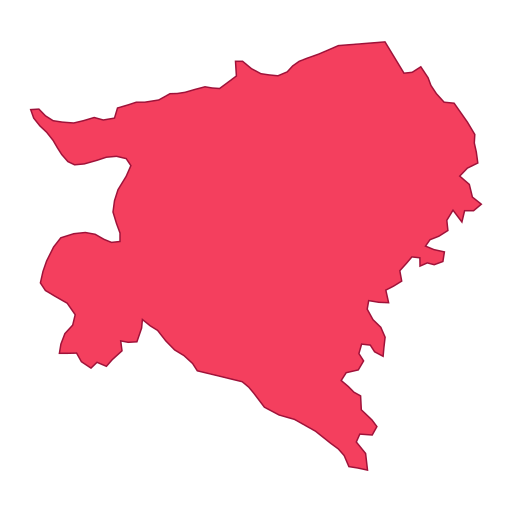 the district of Iraceminha, Santa Catarina, Brazil
{"feature_id": "56859067B41079605660592", "entity_name": "Iraceminha", "entity_type": "district", "adm_level": 2, "iso_a3": "BRA", "parent_name": "Brazil", "parent_adm1": "Santa Catarina", "projection": "robinson", "projection_center": [-53.33, -26.856], "detail": "fine", "context": "isolated", "style": "filled", "palette": "rose", "viewbox_px": 512, "rotation_deg": 0, "n_neighbors": 0, "source": "geoboundaries", "source_scale": "gbopen_adm2", "svg_char_len": 2178}
<svg xmlns="http://www.w3.org/2000/svg" viewBox="0 0 512 512"><path d="M365.6,453.5L356.3,442.0L359.8,434.1L372.2,435.0L376.9,426.6L371.9,419.9L361.3,409.8L360.6,395.9L353.9,392.2L348.5,386.7L341.2,380.5L346.2,372.7L358.3,369.9L363.6,360.9L358.9,353.6L361.6,344.1L370.3,345.1L374.6,351.8L383.1,356.3L383.9,347.6L385.1,337.2L380.8,327.3L373.0,319.7L367.2,309.2L368.7,300.6L378.9,302.3L388.6,302.7L385.8,290.1L393.6,286.1L401.7,281.1L399.8,270.7L406.4,263.4L411.9,256.9L419.9,257.8L420.0,266.1L427.3,262.9L434.2,264.7L442.9,261.5L444.4,251.9L433.9,249.6L425.5,246.1L430.0,239.7L438.9,236.2L447.9,230.5L446.8,220.3L453.0,210.2L461.9,222.0L464.6,210.7L473.6,210.7L481.3,204.2L472.4,197.1L469.3,184.4L459.7,176.1L467.4,168.1L477.8,163.0L476.3,152.0L474.3,143.0L474.8,134.5L467.4,122.1L454.1,103.2L444.1,102.2L436.4,93.7L430.9,85.4L428.1,77.8L420.8,66.8L412.2,72.3L404.0,73.2L385.0,41.9L338.4,45.6L318.7,54.1L307.4,58.1L299.2,61.3L292.7,65.9L287.2,71.9L277.9,75.8L268.9,74.9L260.9,73.7L251.5,68.7L242.6,61.3L235.5,61.3L236.4,76.0L219.6,88.5L212.2,88.0L205.0,86.8L195.1,89.4L185.1,92.3L177.4,93.5L170.0,93.7L158.7,100.0L144.8,102.2L136.3,102.2L128.4,104.8L117.5,108.0L114.5,118.1L103.3,120.0L94.2,117.5L83.4,120.7L73.7,123.0L62.2,122.1L53.1,120.7L45.4,115.8L38.9,109.1L30.7,109.6L33.7,118.1L39.9,125.9L46.6,132.2L53.1,140.4L57.3,147.6L61.7,154.5L67.9,161.6L74.6,164.8L84.3,163.9L97.0,160.3L106.4,157.2L116.5,156.3L126.2,158.6L130.9,165.6L126.2,176.3L118.0,189.7L114.5,200.7L113.0,212.0L116.5,223.5L120.0,233.0L120.0,241.5L111.5,242.4L104.1,239.4L95.2,234.3L85.3,232.5L73.8,233.7L60.8,237.8L53.6,247.0L46.6,261.0L43.0,271.4L40.4,282.9L45.4,290.5L55.1,296.3L67.2,303.2L75.2,314.7L72.7,325.1L64.9,333.6L60.9,344.1L59.4,353.3L67.2,353.3L76.6,353.1L81.4,361.7L91.0,368.1L97.0,362.3L106.4,366.3L112.3,359.6L122.0,350.8L120.7,340.9L128.2,342.3L136.9,341.8L141.6,328.1L142.4,319.5L150.2,325.8L157.6,330.4L165.8,340.9L174.6,349.9L184.0,355.6L192.6,363.5L197.3,370.8L242.2,381.7L248.8,387.2L253.8,393.2L264.4,407.2L279.1,415.0L294.5,419.4L315.5,431.2L330.8,443.4L338.3,448.9L344.2,455.6L348.9,466.6L357.8,468.0L367.5,470.1L365.6,453.5Z" fill="#f43f5e" stroke="#9f1239" stroke-width="1.5"/></svg>